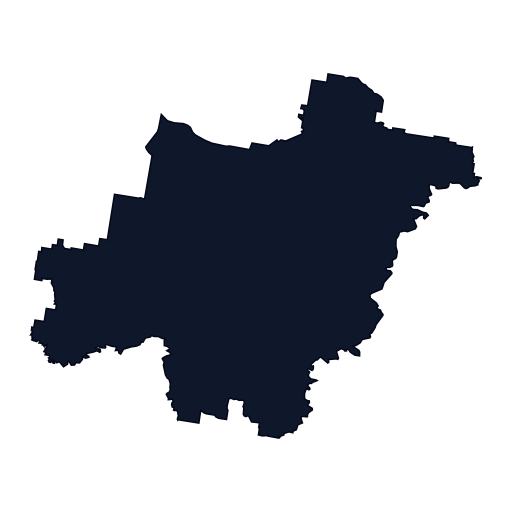 Logan, Queensland, Australia (Mercator projection)
{"feature_id": "25037944B44262560811074", "entity_name": "Logan", "entity_type": "district", "adm_level": 2, "iso_a3": "AUS", "parent_name": "Australia", "parent_adm1": "Queensland", "projection": "mercator", "projection_center": [153.051, -27.763], "detail": "fine", "context": "isolated", "style": "filled", "palette": "ink", "viewbox_px": 512, "rotation_deg": 0, "n_neighbors": 0, "source": "geoboundaries", "source_scale": "gbopen_adm2", "svg_char_len": 5984}
<svg xmlns="http://www.w3.org/2000/svg" viewBox="0 0 512 512"><path d="M161.3,114.4L158.5,128.6L157.4,131.8L145.8,146.8L146.1,148.5L148.5,152.1L152.1,155.5L144.6,198.6L144.1,199.0L140.3,197.7L138.9,198.2L114.5,194.3L107.3,239.7L99.8,238.6L98.6,246.0L84.5,243.6L83.4,250.0L71.2,247.9L70.9,249.5L64.4,248.4L62.5,245.2L63.1,239.9L58.2,239.1L57.3,245.3L52.5,244.6L51.8,249.1L41.8,247.5L41.5,251.8L38.7,251.4L37.3,261.4L36.4,261.3L35.1,269.7L35.8,269.9L34.4,279.3L41.8,280.6L42.2,278.0L43.2,278.7L47.7,279.3L48.2,278.7L49.4,279.4L51.4,278.7L51.9,279.9L51.3,283.0L53.8,287.8L53.9,290.6L54.9,292.3L54.6,294.5L55.2,299.5L54.4,301.1L55.6,302.1L54.3,304.0L56.5,304.3L55.6,309.9L46.3,308.4L44.2,321.5L35.0,320.1L33.8,327.4L31.8,327.0L31.4,330.6L32.7,331.5L30.7,334.9L31.9,334.7L32.0,337.5L33.0,338.1L32.7,338.9L31.7,339.3L32.0,340.1L36.6,341.6L38.6,340.1L39.8,341.8L39.0,343.0L42.6,343.4L42.2,344.9L44.1,345.2L44.0,346.5L44.4,346.8L46.2,344.6L47.1,344.4L46.5,345.9L46.7,347.9L45.3,348.3L45.1,349.7L43.8,351.6L46.1,352.5L45.0,354.7L49.4,355.5L49.7,357.1L48.5,357.9L49.7,358.9L48.4,360.5L49.2,362.2L50.7,362.4L52.0,360.9L53.2,363.2L54.5,363.3L53.9,360.5L56.9,362.8L59.3,361.7L63.5,366.8L67.6,364.1L67.7,361.7L68.3,361.5L69.3,361.8L71.3,365.2L74.5,365.0L76.0,362.7L79.6,362.9L82.5,359.2L82.5,356.6L85.7,358.2L89.0,357.2L88.9,356.5L85.7,354.4L87.0,353.4L93.3,352.1L96.9,350.8L99.8,352.3L100.5,351.7L100.2,349.4L99.3,348.8L96.1,349.0L95.7,348.4L96.1,347.6L98.0,346.6L101.9,347.8L105.3,348.0L105.7,347.4L105.4,345.0L105.9,344.3L112.2,346.4L116.7,346.9L115.4,350.6L118.1,350.1L119.0,353.1L120.7,354.1L123.5,349.2L131.2,346.9L136.5,346.1L139.9,344.7L141.3,342.2L143.1,342.1L145.3,338.1L150.4,337.0L151.5,335.6L154.3,336.5L158.2,336.5L162.6,338.6L165.1,338.7L165.7,339.4L164.8,339.6L164.2,340.6L164.3,345.7L167.0,346.3L169.7,348.2L169.6,349.0L166.7,350.7L168.9,351.8L170.5,353.2L170.8,354.1L169.4,355.2L167.0,355.7L162.9,357.8L162.2,358.7L164.2,362.1L163.4,365.2L165.4,374.6L167.1,378.0L169.0,379.3L170.3,383.6L169.9,387.9L170.4,389.9L169.3,391.4L169.1,392.8L167.3,393.0L166.3,394.3L168.4,398.3L168.3,399.7L172.1,399.2L173.4,401.2L172.0,402.7L171.6,404.7L172.2,407.0L173.4,407.4L174.1,408.4L173.5,410.1L174.5,410.6L176.5,410.4L177.6,411.7L178.3,415.9L177.3,419.0L177.8,420.3L178.4,419.8L198.9,423.1L200.7,410.4L204.0,412.9L206.3,413.8L214.5,415.1L216.0,417.0L218.8,418.3L226.5,419.5L227.9,410.3L227.0,408.2L227.4,404.8L228.9,398.9L230.9,398.2L234.0,399.5L236.3,399.1L239.0,400.3L242.7,400.2L243.7,400.7L244.4,402.3L243.0,406.8L243.8,407.7L243.3,414.4L244.4,416.1L246.1,416.6L248.0,415.7L248.9,416.5L251.5,421.9L259.4,422.8L258.7,427.7L259.5,427.8L258.4,435.0L262.6,435.9L268.1,435.5L267.9,436.1L278.8,438.1L279.3,437.9L278.8,437.0L279.5,436.6L280.5,436.7L280.5,436.0L283.8,435.1L284.1,433.4L289.1,431.9L292.8,432.8L293.1,431.2L296.3,429.8L297.9,424.8L302.5,422.9L301.1,418.9L301.1,417.0L303.0,416.4L307.0,416.9L307.5,416.5L307.4,415.3L308.2,413.0L312.4,410.0L312.2,408.3L307.7,405.5L307.7,404.8L309.4,402.6L309.3,400.9L307.3,400.6L305.0,399.1L304.5,397.5L304.6,393.3L306.1,389.2L307.4,389.0L308.9,389.9L309.9,389.1L309.7,388.0L307.7,385.9L307.9,385.1L309.5,383.1L311.3,383.5L313.0,382.2L317.2,380.6L315.8,379.8L310.8,378.9L308.6,376.6L308.3,375.0L309.6,372.1L307.4,370.1L307.6,369.0L308.6,368.8L312.0,370.4L313.0,369.7L313.4,367.9L313.3,365.9L311.8,366.1L310.4,365.3L310.5,364.9L315.6,360.2L317.5,359.8L319.9,357.2L321.3,357.5L327.8,363.1L328.8,362.1L328.5,359.5L336.3,358.9L337.8,359.4L338.5,358.2L336.4,351.4L341.2,348.6L343.9,349.7L344.7,351.0L346.5,350.9L346.2,349.8L346.9,349.3L348.6,349.6L350.5,352.3L354.9,355.2L359.6,355.9L359.7,352.1L358.9,350.4L353.6,346.9L353.3,346.2L355.9,345.5L360.0,343.0L362.3,339.5L370.0,337.8L370.5,336.5L369.7,334.3L372.0,332.7L375.1,327.6L376.0,324.8L382.9,315.4L383.0,314.4L381.4,312.5L380.5,310.1L378.0,309.1L377.1,307.5L377.2,306.8L378.2,306.0L376.5,303.0L370.3,298.1L369.9,294.9L371.7,293.3L382.0,288.9L384.1,282.4L391.9,273.6L391.8,272.6L390.3,270.7L387.2,270.5L385.9,268.7L386.7,267.4L389.7,267.4L392.3,266.2L392.7,265.2L392.3,260.9L393.5,259.4L395.5,258.6L396.5,257.1L397.3,251.8L395.9,246.6L396.1,239.3L398.5,235.7L399.5,232.1L404.3,231.0L407.6,231.7L415.2,228.9L416.6,226.6L413.5,218.7L416.2,218.7L419.4,215.8L422.7,214.8L423.7,215.2L423.6,218.1L424.7,218.9L428.3,215.3L426.4,213.0L422.6,212.1L417.4,209.7L412.6,209.4L410.2,206.8L410.1,205.9L411.6,205.4L417.7,205.4L423.4,206.6L424.2,206.1L425.6,203.2L429.1,202.0L429.2,200.4L427.8,197.2L428.5,196.1L430.8,195.3L431.6,194.4L429.2,188.5L429.1,186.2L429.9,184.4L434.6,185.5L436.0,186.3L436.1,188.3L438.1,188.9L446.5,188.0L447.9,187.2L448.8,185.8L449.1,183.1L450.2,182.2L452.5,183.2L459.2,183.1L460.6,183.9L464.3,187.8L465.8,188.5L467.1,188.3L470.0,186.3L475.1,185.8L477.9,184.8L477.8,183.6L479.2,181.1L478.9,179.1L477.7,178.8L477.7,178.0L480.2,178.1L480.8,178.8L481.3,178.4L481.1,177.7L476.5,176.7L473.9,177.3L474.5,173.5L472.7,173.2L474.2,163.8L472.7,163.5L473.0,163.1L472.2,162.2L473.4,161.1L472.8,158.7L473.9,156.5L472.0,152.3L472.4,147.1L471.7,147.5L456.0,145.1L455.7,142.9L448.4,141.7L448.8,138.4L434.2,136.1L434.2,138.1L406.2,133.8L404.0,132.5L404.8,129.7L392.8,127.9L392.5,130.1L387.0,129.2L387.0,128.2L383.0,126.7L382.9,124.8L383.7,123.8L383.3,123.0L380.8,122.2L377.3,123.1L374.4,122.5L376.1,111.2L381.5,112.1L383.3,100.3L381.2,97.0L377.1,94.1L373.8,93.3L372.1,90.5L367.9,87.7L365.3,84.7L363.5,84.3L361.5,82.8L357.8,78.4L350.1,77.2L345.6,78.1L343.5,76.4L328.0,73.9L326.8,82.3L312.0,80.0L307.6,105.7L301.8,105.0L300.8,108.6L302.8,108.9L304.3,110.7L303.6,115.3L298.8,114.3L298.4,117.0L301.7,119.9L301.9,118.1L303.1,118.4L301.6,127.8L303.4,128.0L302.9,128.3L303.7,130.5L301.5,131.4L302.5,133.8L285.6,141.0L281.0,139.9L278.6,141.8L277.5,141.1L277.6,140.4L277.0,139.9L268.8,145.8L252.0,143.0L249.5,149.6L229.8,146.0L225.9,146.2L212.0,143.2L205.0,140.3L195.3,134.9L192.7,132.3L190.4,127.4L187.5,125.2L183.4,123.6L174.1,122.8L167.3,120.7L161.3,114.4Z" fill="#0f172a" stroke="#020617" stroke-width="1.5"/></svg>